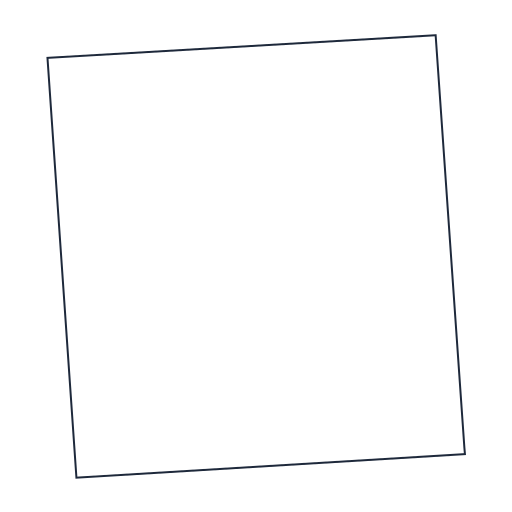 the district of Sherman, Nebraska, United States of America, rotated 86°
{"feature_id": "52423323B24565972155121", "entity_name": "Sherman", "entity_type": "district", "adm_level": 2, "iso_a3": "USA", "parent_name": "United States of America", "parent_adm1": "Nebraska", "projection": "robinson", "projection_center": [-98.9, 41.22], "detail": "fine", "context": "isolated", "style": "outline", "palette": "slate", "viewbox_px": 512, "rotation_deg": 86, "n_neighbors": 0, "source": "geoboundaries", "source_scale": "gbopen_adm2", "svg_char_len": 231}
<svg xmlns="http://www.w3.org/2000/svg" viewBox="0 0 512 512"><g transform="rotate(86 256 256)"><path d="M468.2,61.4L461.6,61.5L48.3,61.4L43.8,450.2L464.6,450.6L468.2,61.4Z" fill="none" stroke="#1e293b" stroke-width="2"/></g></svg>